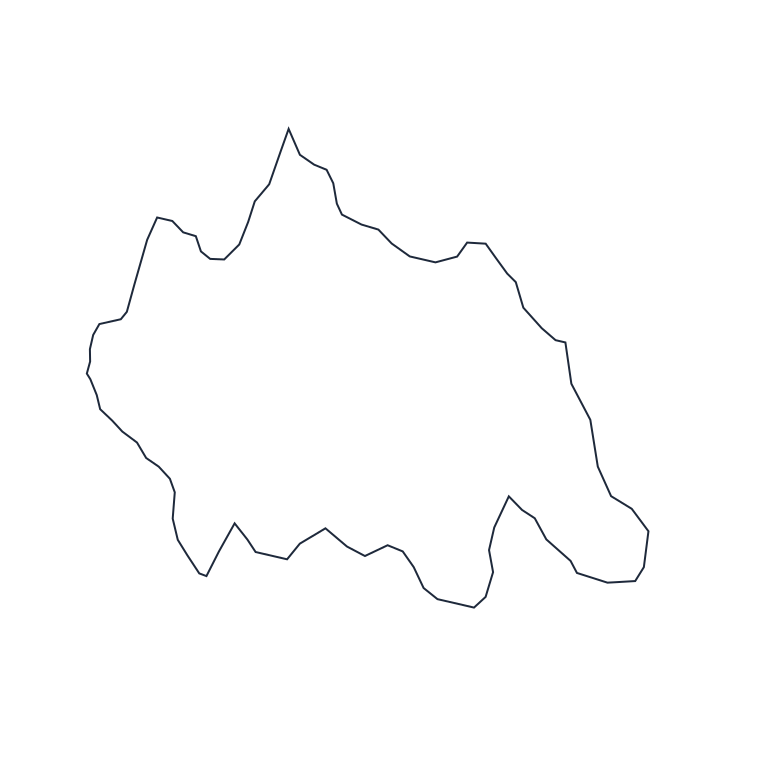 the district of Svenljunga, Västra Götaland, Sweden, rotated 103°
{"feature_id": "70781695B82404495889294", "entity_name": "Svenljunga", "entity_type": "district", "adm_level": 2, "iso_a3": "SWE", "parent_name": "Sweden", "parent_adm1": "Västra Götaland", "projection": "natural_earth1", "projection_center": [13.101, 57.432], "detail": "fine", "context": "isolated", "style": "outline", "palette": "slate", "viewbox_px": 768, "rotation_deg": 103, "n_neighbors": 0, "source": "geoboundaries", "source_scale": "gbopen_adm2", "svg_char_len": 1291}
<svg xmlns="http://www.w3.org/2000/svg" viewBox="0 0 768 768"><g transform="rotate(103 384 384)"><path d="M440.7,675.9L445.4,671.2L459.4,661.4L472.4,654.9L480.8,640.6L489.2,628.3L496.6,611.5L509.6,599.1L515.2,584.9L524.5,571.3L536.6,563.5L562.7,559.6L582.2,549.9L595.2,537.0L610.1,521.4L611.1,513.8L584.4,507.2L553.4,498.2L566.3,482.1L576.6,471.3L576.6,439.0L558.5,430.1L537.8,408.6L550.7,383.5L555.9,363.9L540.3,344.2L542.9,328.1L555.8,313.8L573.9,299.5L581.6,283.5L581.6,246.0L568.6,237.1L542.8,235.4L522.2,244.3L499.0,244.3L465.4,237.1L475.7,221.1L480.9,206.9L498.9,190.9L514.4,162.4L524.7,153.5L527.3,121.6L525.2,114.3L519.5,94.9L504.0,89.6L468.0,93.2L449.9,114.5L442.2,137.5L416.4,157.1L372.5,174.9L341.6,201.5L302.7,216.6L302.7,226.7L294.2,242.8L278.3,265.4L255.1,278.5L248.7,288.8L236.0,303.4L224.4,316.5L227.5,334.8L243.4,341.4L253.9,361.2L253.9,387.6L245.4,408.1L234.8,424.2L233.7,441.8L228.4,463.1L218.9,470.5L199.8,478.6L188.2,488.1L186.0,501.4L179.6,517.5L156.9,534.3L180.4,537.0L215.2,540.8L235.1,551.0L256.6,552.8L280.6,556.4L298.6,567.7L301.2,581.5L296.0,592.2L282.3,600.6L281.4,613.8L272.8,626.9L272.8,642.5L296.8,647.2L343.2,649.6L371.5,650.8L380.1,655.0L389.6,674.8L401.6,678.4L416.2,678.4L428.2,675.4L440.7,675.9Z" fill="none" stroke="#1e293b" stroke-width="2"/></g></svg>